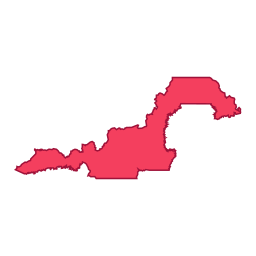 the district of Porto Velho, Rondônia, Brazil
{"feature_id": "56859067B40416427449951", "entity_name": "Porto Velho", "entity_type": "district", "adm_level": 2, "iso_a3": "BRA", "parent_name": "Brazil", "parent_adm1": "Rondônia", "projection": "orthographic", "projection_center": [-64.369, -8.988], "detail": "fine", "context": "isolated", "style": "filled", "palette": "rose", "viewbox_px": 256, "rotation_deg": 0, "n_neighbors": 0, "source": "geoboundaries", "source_scale": "gbopen_adm2", "svg_char_len": 5917}
<svg xmlns="http://www.w3.org/2000/svg" viewBox="0 0 256 256"><path d="M239.1,107.6L237.9,108.7L238.5,110.8L235.8,109.3L235.5,108.6L236.3,107.0L235.8,104.7L234.9,104.4L234.3,103.5L234.2,101.1L234.7,99.2L234.1,98.1L231.1,97.4L229.5,95.8L226.5,98.0L225.8,96.7L225.2,96.7L224.7,93.0L222.8,92.4L220.4,90.6L219.9,88.8L218.8,87.8L219.3,86.1L218.3,83.4L215.8,81.0L212.5,80.0L211.4,78.5L209.7,77.5L172.4,77.5L172.4,80.1L170.1,82.7L170.0,84.7L168.8,86.5L166.2,88.5L167.4,91.1L166.2,92.1L164.8,94.6L164.0,95.3L162.3,93.9L160.0,93.0L158.8,93.7L158.1,95.0L156.4,95.2L156.4,98.0L154.8,99.1L154.7,99.6L156.4,100.3L156.6,101.2L154.9,102.9L156.4,104.9L156.3,106.1L157.4,106.5L157.4,107.4L156.3,109.1L155.0,107.7L154.3,107.9L154.1,109.4L153.4,109.9L152.8,111.9L151.9,113.3L152.3,114.3L150.3,114.1L149.0,115.0L147.5,114.4L147.2,114.7L146.6,115.7L146.5,117.4L147.2,118.8L145.8,120.7L146.6,125.8L146.2,126.5L145.0,126.6L142.1,128.2L138.3,128.4L137.5,127.5L138.4,125.3L137.7,125.0L131.6,127.4L126.5,127.5L125.6,128.1L125.1,128.0L124.6,129.0L123.5,129.4L122.0,128.9L120.5,129.3L119.9,128.2L119.1,128.0L116.5,129.6L114.6,127.9L112.2,128.3L110.7,129.2L109.5,130.7L108.4,130.7L108.5,132.3L107.3,134.8L108.3,139.6L107.5,141.3L106.1,143.2L105.0,143.1L104.3,143.8L103.7,145.0L104.0,145.7L102.4,146.5L102.6,147.3L101.7,148.7L99.8,149.0L99.9,149.8L99.5,150.2L97.3,150.9L95.2,149.9L95.8,147.8L94.7,147.3L95.0,145.8L94.0,144.0L94.1,142.9L92.2,141.5L90.3,142.1L87.0,144.7L85.7,144.8L85.3,145.5L83.8,144.6L82.3,144.4L82.3,147.1L81.8,148.7L82.5,149.6L82.9,151.9L81.8,152.1L81.3,151.6L80.8,152.2L80.1,152.3L79.5,152.1L79.4,151.0L78.6,151.0L77.0,149.7L74.9,149.3L72.7,150.3L72.3,151.0L70.9,151.2L70.8,153.7L70.0,154.0L68.7,156.6L67.4,156.3L67.1,157.1L66.4,156.9L65.4,157.9L64.1,156.8L63.7,155.2L62.6,155.3L62.6,154.5L60.9,153.0L59.4,152.9L58.4,151.1L56.5,149.3L53.4,148.7L52.1,149.6L49.0,149.2L46.5,150.5L45.0,150.0L43.1,150.2L41.9,149.3L40.8,149.4L41.1,150.4L39.9,150.6L39.4,149.8L38.2,150.1L37.7,149.6L36.6,150.1L34.9,149.1L34.6,149.9L35.9,151.6L35.8,153.8L30.8,158.9L30.5,160.5L28.7,161.0L26.3,162.5L25.1,162.1L21.4,164.6L21.1,165.6L19.5,166.7L17.8,166.9L17.0,166.5L16.8,168.5L15.4,169.7L24.4,173.8L25.2,173.6L26.6,174.1L27.6,172.9L28.2,173.3L28.5,172.7L29.2,173.2L29.9,172.6L30.8,173.0L31.5,172.2L32.8,172.7L32.8,172.3L33.8,172.1L34.3,172.5L34.2,173.7L34.8,173.5L34.4,173.1L35.3,172.0L37.5,172.0L38.1,170.7L39.7,170.3L41.1,171.0L41.5,170.2L42.7,170.4L43.5,169.5L45.1,170.5L45.6,169.7L46.0,169.8L45.5,169.4L45.6,169.0L47.7,168.0L50.2,167.9L50.2,169.0L50.7,169.4L51.3,168.4L50.9,168.2L51.7,167.9L53.4,168.0L53.9,169.3L55.2,168.4L56.1,169.1L56.9,168.8L56.4,168.2L56.8,167.2L57.9,166.7L58.6,167.0L59.1,166.3L59.9,167.0L61.0,166.3L61.9,167.1L61.6,168.3L62.9,168.1L64.2,166.4L65.0,166.5L64.3,167.2L65.2,168.2L65.9,167.8L66.0,165.7L66.4,165.4L66.4,166.6L67.7,167.7L68.5,166.6L70.6,166.1L70.9,166.9L69.5,166.9L69.9,168.1L69.4,169.0L70.5,169.2L70.4,168.7L71.4,167.7L72.7,168.4L72.3,169.3L73.1,168.9L73.5,170.4L74.8,169.8L75.0,170.7L76.9,170.8L77.2,170.4L76.6,169.1L77.8,168.7L78.2,167.7L79.1,168.2L79.6,167.9L79.7,165.0L80.6,164.9L80.4,164.0L81.1,164.3L82.3,163.4L82.5,162.0L84.9,162.9L86.4,164.1L88.2,167.6L88.6,169.3L90.2,170.6L90.2,171.8L88.6,173.9L88.0,175.7L88.8,175.4L90.8,176.7L94.8,176.6L96.2,178.5L136.8,178.5L136.5,176.9L137.7,174.5L137.7,171.9L138.9,170.7L138.3,169.2L140.1,170.6L140.9,170.2L142.5,170.9L143.6,170.2L144.4,170.6L145.7,169.6L149.4,170.2L169.1,170.2L169.3,169.1L168.9,168.7L169.8,167.7L169.3,166.9L170.2,166.5L169.7,165.9L170.2,164.4L171.3,163.0L171.2,162.1L172.4,161.1L172.1,159.8L172.6,159.7L173.9,157.7L174.7,157.5L175.3,155.8L175.4,156.3L175.8,156.1L175.7,155.3L175.1,155.0L175.8,153.9L174.9,153.3L175.5,153.0L175.5,151.9L175.0,150.8L175.5,150.5L175.1,150.2L174.3,150.8L174.5,150.0L174.2,149.1L173.5,149.3L173.5,149.8L172.3,149.6L172.3,150.4L171.2,149.6L171.3,150.3L170.1,150.6L169.7,150.5L170.1,150.0L169.5,149.3L168.8,150.4L168.3,150.2L167.9,151.4L167.2,150.7L166.6,150.8L166.2,149.7L166.7,149.4L165.7,149.0L166.0,148.5L165.3,148.2L165.1,147.1L164.1,147.3L165.0,146.6L164.5,146.8L164.7,145.5L163.9,145.0L164.8,143.3L164.5,142.8L165.4,142.5L165.2,141.4L164.8,141.8L164.0,141.1L164.5,140.0L164.9,140.1L164.6,138.6L165.3,138.0L164.4,138.1L164.2,137.6L164.2,136.6L164.9,136.2L163.7,134.8L164.6,134.4L163.8,133.8L164.7,132.1L163.7,131.1L164.2,130.6L163.9,130.1L164.1,129.2L164.9,129.4L165.0,128.8L164.4,128.4L165.3,127.9L165.1,127.1L165.6,127.7L166.3,127.0L166.0,126.5L166.9,126.4L165.7,125.4L167.3,124.7L166.5,124.5L166.6,123.6L166.2,123.2L167.3,122.9L165.9,122.2L166.5,121.6L166.0,121.2L167.0,120.8L166.0,120.5L166.3,119.7L167.0,120.3L168.5,118.8L167.5,118.6L168.2,117.4L167.5,117.4L167.2,116.9L167.6,116.5L167.8,117.2L168.0,117.0L168.1,115.4L169.1,115.2L168.6,114.4L167.9,114.4L168.1,114.2L168.6,113.9L169.3,114.2L169.9,113.5L169.9,114.3L170.9,113.9L171.4,114.4L170.7,114.6L170.8,115.2L171.2,114.7L172.0,114.9L171.6,114.1L173.8,112.8L174.2,111.4L174.6,111.7L174.3,112.0L175.2,112.5L175.1,110.0L176.7,110.9L177.7,109.1L180.9,108.0L181.0,107.2L179.2,106.7L180.0,105.9L180.8,103.7L211.8,103.8L210.8,104.1L210.8,104.7L212.2,105.7L212.2,106.8L212.7,106.7L212.7,107.4L213.2,107.6L213.8,106.6L214.4,106.9L213.8,107.0L214.6,107.5L213.7,108.6L214.2,108.9L214.4,108.4L215.8,109.2L215.0,109.7L215.2,110.2L216.2,110.4L216.5,110.8L215.9,110.8L216.0,111.2L217.0,111.5L216.2,111.6L215.5,113.2L214.7,113.2L215.2,113.9L215.0,114.9L214.2,114.6L214.8,114.4L214.6,114.1L213.8,114.5L215.2,116.3L214.5,116.7L215.0,117.6L214.6,118.6L216.3,118.7L217.4,119.4L219.6,118.6L220.0,117.6L221.3,117.5L221.5,116.6L222.5,116.3L223.3,116.9L223.5,116.2L224.6,115.8L225.9,116.4L228.1,115.2L228.4,116.7L229.2,117.4L230.3,117.1L230.8,115.7L233.9,116.1L234.2,115.7L233.8,115.2L233.9,114.6L234.4,114.0L234.2,112.5L235.3,112.8L235.3,113.8L236.0,114.3L240.3,113.3L240.6,112.1L240.3,111.4L240.5,109.1L239.1,107.6Z" fill="#f43f5e" stroke="#9f1239" stroke-width="1.5"/></svg>